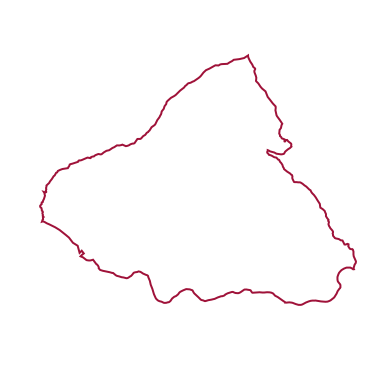 the district of Turnu Rosu, Sibiu, Romania, rotated 262°
{"feature_id": "2599482B72596568655749", "entity_name": "Turnu Rosu", "entity_type": "district", "adm_level": 2, "iso_a3": "ROU", "parent_name": "Romania", "parent_adm1": "Sibiu", "projection": "orthographic", "projection_center": [24.318, 45.612], "detail": "fine", "context": "isolated", "style": "outline", "palette": "rose", "viewbox_px": 384, "rotation_deg": 262, "n_neighbors": 0, "source": "geoboundaries", "source_scale": "gbopen_adm2", "svg_char_len": 5904}
<svg xmlns="http://www.w3.org/2000/svg" viewBox="0 0 384 384"><g transform="rotate(262 192 192)"><path d="M93.0,341.6L93.7,341.4L94.3,341.5L97.4,342.9L99.0,344.3L100.5,344.7L105.8,343.2L107.7,343.2L110.5,343.6L112.5,343.3L113.1,342.8L113.2,341.7L113.8,340.5L114.0,340.3L116.5,339.2L117.0,339.3L117.7,339.7L118.5,339.7L119.0,338.7L118.6,336.9L118.8,335.7L123.0,334.3L123.2,333.9L123.4,332.7L125.0,330.8L126.0,328.0L126.5,327.1L127.6,326.5L128.8,325.7L129.3,325.6L130.5,325.7L131.4,325.5L132.3,326.0L133.1,326.1L134.2,325.7L137.0,323.9L138.0,323.6L138.9,323.1L140.7,322.7L141.3,322.7L143.0,323.4L143.8,323.3L144.5,322.8L145.4,323.3L147.5,322.1L149.4,321.3L151.5,321.6L153.5,321.0L154.7,320.8L156.8,319.1L158.7,316.9L162.5,316.9L166.1,315.2L169.4,313.8L172.0,312.4L174.0,310.9L175.5,310.1L177.2,309.6L178.0,308.6L181.5,305.9L182.9,304.3L184.8,302.6L186.3,300.8L186.6,300.0L186.8,298.5L187.3,296.6L187.5,295.0L187.8,294.4L191.2,293.3L192.2,293.3L193.4,293.6L194.8,293.4L195.4,292.6L196.6,291.8L199.0,289.0L201.8,286.4L203.3,286.1L204.2,285.6L206.3,285.3L208.4,284.3L209.6,283.4L211.6,282.8L211.8,282.6L211.9,282.1L212.3,281.7L213.8,280.7L214.3,280.3L215.0,278.3L217.0,275.8L217.8,274.2L218.1,273.4L219.4,272.8L220.2,272.1L221.1,272.0L222.2,272.7L222.9,272.8L222.4,273.7L221.4,274.9L219.6,279.1L218.2,280.9L216.9,285.3L216.8,286.1L216.9,287.5L217.0,288.2L217.4,288.7L218.9,289.8L219.3,290.3L220.9,292.9L221.9,295.1L223.1,296.8L223.7,296.6L225.5,297.0L226.2,296.8L228.7,294.4L230.3,293.4L230.4,292.2L230.2,291.9L229.2,291.4L229.1,291.1L229.2,290.7L229.6,290.6L230.8,291.0L231.2,291.0L232.0,289.7L232.3,288.8L232.8,288.3L233.7,288.1L234.5,287.6L235.0,287.0L236.4,287.0L237.7,286.5L240.5,287.2L241.2,287.3L243.0,289.0L245.8,290.0L247.0,290.9L251.0,289.0L255.1,286.8L256.1,286.4L261.3,286.0L263.6,286.6L265.1,286.7L268.5,284.3L272.6,282.0L275.6,280.2L281.4,278.8L284.7,275.8L286.7,274.5L290.3,272.8L292.8,270.9L293.6,270.9L294.0,271.1L296.3,271.6L298.6,271.3L301.4,270.6L302.4,270.5L303.5,270.7L304.7,271.6L305.4,271.7L306.0,271.3L307.3,270.1L309.8,269.4L313.1,267.8L317.0,266.6L318.3,266.4L319.4,266.5L317.4,262.2L317.0,257.4L317.1,251.7L316.1,250.0L315.1,247.2L314.0,244.9L314.5,239.2L314.4,237.7L313.6,235.9L314.2,232.9L314.0,232.2L311.7,226.3L310.7,222.8L308.7,220.0L305.8,217.0L304.8,215.7L303.9,214.2L301.5,209.4L301.1,207.6L300.7,206.8L300.3,205.2L300.2,203.6L299.8,202.8L298.6,201.3L298.0,200.1L296.5,198.6L294.1,194.4L290.3,189.3L289.5,187.7L288.2,184.3L285.5,180.3L284.5,179.3L282.7,178.7L280.7,176.7L278.3,175.6L276.2,173.4L275.5,173.0L274.2,172.6L273.0,172.0L272.3,171.3L270.6,170.2L268.1,167.7L264.1,165.0L263.4,164.1L261.8,161.0L258.8,158.5L258.2,157.5L257.5,156.9L256.9,155.4L255.1,153.7L254.3,151.8L253.9,151.1L252.7,149.8L251.8,148.5L251.8,147.9L252.1,145.6L252.1,145.3L248.3,141.8L248.1,140.7L248.2,139.7L247.8,137.6L247.2,136.5L246.8,135.0L246.7,134.3L246.6,132.9L248.6,129.6L248.3,128.5L248.2,126.6L248.6,124.1L247.2,121.2L246.7,119.4L245.4,116.8L244.9,115.7L244.7,113.0L243.5,110.2L242.0,107.7L242.0,106.5L242.6,104.8L242.6,104.3L242.0,101.8L241.5,100.6L240.9,99.8L240.9,98.1L240.5,96.8L240.4,96.6L239.9,96.5L239.7,96.0L240.4,94.0L240.6,93.2L239.1,87.7L238.8,86.3L239.0,84.6L238.7,83.9L237.9,83.6L237.7,83.1L236.7,77.5L236.5,75.5L236.2,74.7L235.4,74.4L234.3,73.6L233.7,72.9L232.9,72.4L232.8,66.9L232.3,64.6L231.5,62.1L230.2,61.2L229.9,60.1L227.5,58.3L226.9,57.2L224.4,55.1L222.1,52.7L220.9,51.9L218.7,48.8L217.8,48.7L216.2,48.0L215.0,48.1L213.5,47.4L212.4,47.7L212.2,47.6L212.0,47.1L212.0,46.6L212.7,45.2L211.1,45.9L210.6,45.7L208.8,45.9L205.5,44.3L204.3,43.4L202.8,42.8L202.7,42.6L202.6,41.8L202.4,41.7L201.7,41.4L201.0,41.5L199.7,39.9L199.2,39.6L197.9,39.8L197.2,40.6L195.8,40.8L194.4,40.7L193.6,41.4L192.7,41.5L192.0,40.9L191.3,40.9L190.4,41.2L189.6,40.9L188.4,41.4L188.5,40.9L185.7,40.7L185.5,40.3L183.5,39.3L183.7,40.4L182.7,42.0L181.2,43.9L179.8,46.2L176.1,51.6L172.8,55.6L167.1,61.0L164.0,63.8L158.3,67.0L154.7,71.3L147.4,72.2L149.2,74.6L146.2,76.3L144.8,73.9L143.8,72.7L142.5,74.9L139.4,77.9L139.1,78.4L138.5,80.5L138.4,81.4L138.4,82.3L138.7,84.6L134.3,87.0L133.8,87.3L133.6,87.7L132.1,88.7L130.4,89.2L129.4,89.0L127.6,90.2L126.4,92.7L124.0,99.4L122.9,101.8L122.9,102.3L122.7,102.7L120.2,104.9L119.4,106.0L118.6,108.0L117.4,110.5L116.9,112.3L115.8,114.9L115.7,115.9L116.0,117.0L117.0,119.0L117.4,120.1L118.6,121.5L120.1,123.0L120.4,124.5L120.4,126.6L120.8,128.0L120.2,129.6L119.5,130.6L118.1,132.1L116.4,134.8L115.9,135.9L115.3,136.6L114.9,136.8L113.6,136.9L109.9,137.9L106.0,138.2L101.4,139.3L96.1,140.1L92.3,141.2L91.3,141.6L89.5,143.0L88.9,143.8L88.4,144.6L87.6,146.6L86.3,148.5L86.1,149.0L85.9,150.5L85.9,151.5L86.1,152.4L86.1,153.6L86.2,154.0L87.0,155.4L89.3,157.5L90.7,159.8L91.2,161.7L92.1,163.2L92.6,164.0L94.1,165.4L94.8,166.5L95.8,169.4L96.6,172.5L96.6,173.0L95.9,176.2L94.6,178.7L93.8,179.1L92.3,179.6L91.2,180.2L87.0,183.6L84.2,185.7L83.7,186.4L83.1,188.0L82.2,189.4L82.1,190.1L82.6,193.2L82.7,196.2L82.9,198.1L83.0,199.5L84.0,202.8L84.7,206.3L84.6,207.5L84.9,209.2L85.3,210.1L85.8,210.6L86.7,213.1L87.4,217.2L87.4,218.1L87.3,218.7L86.5,219.9L85.9,221.1L85.4,223.4L85.4,224.2L85.9,225.9L88.0,230.1L88.1,230.6L87.9,232.2L86.8,235.7L86.5,236.3L84.4,237.3L84.1,237.5L83.8,238.0L83.3,245.0L82.6,247.9L82.4,249.4L82.3,252.4L81.8,255.0L81.2,256.7L80.2,258.2L77.7,259.9L76.1,262.2L71.2,267.4L70.0,268.8L69.5,268.8L69.3,270.1L69.2,272.9L68.7,274.9L68.3,276.1L66.6,279.1L65.4,281.8L65.1,284.2L65.2,285.2L65.6,286.5L66.7,289.4L67.4,292.3L67.7,294.2L67.7,295.9L67.3,299.3L65.7,304.5L64.7,309.0L64.6,311.0L64.9,312.5L65.4,314.1L67.5,317.7L68.2,318.5L71.3,321.1L73.5,322.4L75.7,324.5L76.1,325.1L76.9,325.7L79.1,326.0L79.8,325.9L82.9,324.1L83.7,323.9L85.3,323.9L87.5,324.2L88.6,324.7L90.1,325.5L91.5,326.4L92.5,327.5L93.8,329.1L94.9,331.6L95.3,333.1L95.6,334.4L95.5,335.5L95.1,338.3L93.8,340.1L93.1,340.7L93.0,340.9L93.0,341.6Z" fill="none" stroke="#9f1239" stroke-width="2"/></g></svg>